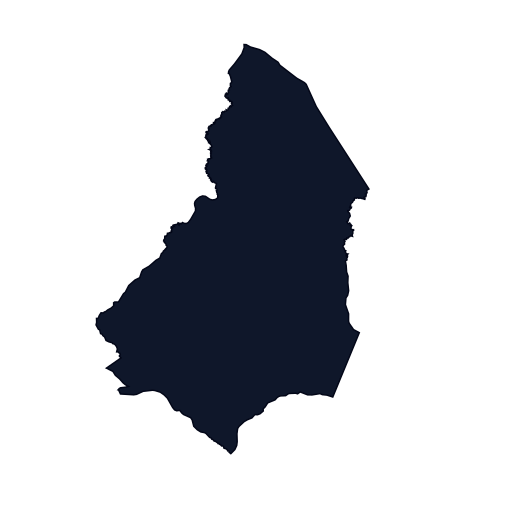 Koun Mom, Rôtânôkiri, Cambodia, rotated 202°
{"feature_id": "14789045B34257820589195", "entity_name": "Koun Mom", "entity_type": "district", "adm_level": 2, "iso_a3": "KHM", "parent_name": "Cambodia", "parent_adm1": "Rôtânôkiri", "projection": "albers", "projection_center": [106.798, 13.499], "detail": "fine", "context": "isolated", "style": "filled", "palette": "ink", "viewbox_px": 512, "rotation_deg": 202, "n_neighbors": 0, "source": "geoboundaries", "source_scale": "gbopen_adm2", "svg_char_len": 6108}
<svg xmlns="http://www.w3.org/2000/svg" viewBox="0 0 512 512"><g transform="rotate(202 256 256)"><path d="M346.3,447.6L345.0,444.8L344.8,438.1L347.9,426.0L350.4,418.6L350.5,416.9L350.0,415.0L349.3,415.2L347.1,413.1L344.0,408.8L343.6,407.7L344.4,406.5L343.6,404.4L342.6,403.7L343.5,402.3L343.6,400.8L343.0,400.0L343.8,399.3L343.1,397.6L342.5,397.2L343.0,396.0L344.5,396.0L344.5,395.5L343.1,395.1L344.0,394.2L344.9,394.4L344.7,392.6L342.6,391.4L341.1,392.2L341.1,391.3L340.2,391.1L340.2,390.4L338.5,390.5L338.3,390.3L338.7,390.0L338.1,389.4L336.5,390.2L336.1,390.0L335.9,388.4L335.3,388.8L335.2,387.5L334.2,386.8L334.9,386.1L334.9,385.3L335.9,385.7L336.5,384.7L336.0,383.7L337.2,382.5L336.6,381.4L337.2,380.4L338.3,380.4L337.7,379.6L338.0,379.0L339.3,378.6L339.5,377.2L340.8,377.5L341.5,376.1L340.8,374.7L341.1,374.3L341.1,372.8L340.2,372.2L340.8,371.7L341.2,370.8L340.6,370.6L341.6,369.2L342.4,369.4L343.6,367.3L344.0,367.8L344.3,367.5L344.5,365.4L344.0,365.0L344.6,364.0L345.4,363.8L345.2,363.2L344.8,363.1L344.0,363.8L343.9,363.0L344.9,362.5L345.8,361.1L346.5,361.0L346.9,360.0L346.3,359.7L346.4,359.2L347.3,359.3L348.1,358.6L348.2,356.7L347.1,356.3L347.3,355.2L346.6,354.3L347.8,352.9L348.4,352.9L348.6,352.6L348.1,352.5L348.4,351.7L347.3,351.9L347.4,351.4L346.1,351.3L346.5,350.4L347.1,350.5L347.8,349.5L347.1,347.6L347.5,347.0L345.7,346.0L345.2,346.5L345.0,345.9L343.9,345.9L344.1,344.9L343.6,344.6L342.4,344.5L342.0,345.2L341.4,344.4L342.5,343.6L342.4,343.3L341.8,343.5L341.3,343.1L340.8,343.7L340.4,342.8L339.6,342.3L339.2,342.4L337.8,340.7L338.1,339.9L339.0,339.5L338.6,339.0L338.7,338.5L338.1,338.0L339.3,337.2L337.0,337.0L337.2,336.1L336.8,335.4L336.4,335.5L336.7,334.5L335.9,334.1L336.2,333.5L335.4,332.8L335.6,332.0L334.9,330.9L334.4,331.0L333.9,330.3L334.7,329.8L334.9,329.0L336.2,328.5L336.2,328.0L337.1,327.6L336.6,326.7L336.8,326.0L335.6,325.9L335.2,324.5L335.5,324.3L335.2,323.3L336.3,322.8L336.3,321.0L335.1,321.0L336.1,318.6L335.4,318.5L335.3,317.6L334.4,317.6L334.3,317.9L334.0,317.7L333.5,316.5L334.1,315.9L333.6,315.2L333.0,315.4L332.7,314.2L330.3,314.3L330.1,314.0L330.5,313.6L330.7,312.4L328.0,311.5L328.1,310.9L327.2,311.2L326.3,310.3L326.7,310.1L326.6,309.5L325.6,309.2L325.3,308.5L323.9,308.2L323.2,309.3L322.4,308.5L319.8,308.4L319.1,304.0L318.7,303.4L317.9,303.7L316.8,302.8L316.8,301.7L317.1,301.6L316.2,300.3L315.3,299.7L315.2,298.8L314.4,298.5L313.3,295.6L314.8,293.2L317.5,291.6L320.1,291.3L325.2,292.4L328.0,291.7L330.3,289.6L332.0,286.6L332.9,283.8L332.7,281.8L331.8,280.0L329.9,277.6L329.0,275.0L330.3,265.5L331.3,261.8L332.2,260.5L333.4,259.8L335.1,259.3L336.7,259.5L337.5,257.8L338.7,257.9L338.9,255.7L339.6,256.0L340.3,257.6L340.7,257.6L340.7,256.3L341.0,255.9L344.4,253.6L344.5,253.2L343.2,252.7L344.0,252.4L343.9,251.4L345.1,251.5L345.5,251.3L345.5,250.8L345.0,249.9L344.1,250.1L344.0,247.7L343.2,247.0L343.3,246.5L343.9,246.4L343.9,245.6L344.9,245.3L345.9,244.1L346.6,243.9L346.3,242.4L346.6,240.7L347.8,240.5L347.9,240.0L347.1,237.7L347.5,236.4L347.3,235.3L345.9,234.9L346.1,234.4L343.7,233.2L343.4,232.3L342.1,231.8L341.7,230.7L342.5,228.7L342.1,228.8L342.3,228.1L343.7,225.9L343.7,224.2L344.6,222.9L344.4,218.1L347.1,214.6L351.3,206.4L355.7,200.9L356.1,198.5L355.7,192.3L359.2,188.4L362.9,181.0L363.6,173.4L364.7,171.5L366.3,161.8L369.8,160.4L370.5,159.3L369.3,156.5L370.9,153.3L373.2,150.6L374.7,147.9L375.7,147.3L376.0,146.1L378.4,145.3L379.0,142.2L379.0,139.5L379.2,138.9L380.5,138.4L378.9,134.8L378.5,132.2L374.6,129.0L373.3,129.0L371.0,125.8L369.5,125.9L368.1,124.8L366.0,124.2L363.4,121.5L360.3,121.3L356.8,121.7L356.0,121.1L354.4,121.3L353.2,120.9L351.3,119.7L349.7,117.9L349.3,114.9L347.6,115.5L346.9,114.9L345.8,114.8L344.9,113.7L345.3,112.1L343.0,110.9L352.7,96.0L345.4,95.4L341.7,92.7L336.5,91.0L331.7,88.6L328.8,87.7L325.4,87.3L328.0,85.4L332.2,83.1L333.1,82.0L333.7,80.3L333.3,80.4L330.0,77.3L317.4,81.5L314.9,83.0L309.9,88.3L301.6,92.8L299.3,93.4L293.7,93.9L289.1,92.8L284.9,91.0L276.5,84.3L273.8,82.8L271.5,82.8L268.9,84.3L265.9,82.6L263.8,81.9L256.0,81.6L253.8,80.1L249.9,74.8L245.3,72.9L241.3,72.2L237.7,72.9L236.1,72.8L231.1,70.5L228.9,70.3L228.5,69.6L226.7,69.6L225.5,68.7L224.4,69.0L221.2,68.3L221.0,67.9L219.8,68.3L219.4,67.7L218.4,67.8L216.8,67.0L216.5,67.4L214.9,67.3L213.7,65.8L211.2,66.0L210.0,65.5L209.3,64.7L208.5,65.1L207.7,64.8L207.5,64.0L205.3,63.3L203.1,68.6L202.9,73.1L203.9,76.8L207.1,84.1L208.4,89.2L207.9,91.7L205.0,97.9L202.7,100.9L199.1,104.4L197.7,108.5L195.1,109.4L193.1,111.3L191.2,115.0L192.1,116.9L191.0,119.5L190.1,124.2L184.4,129.8L183.4,132.7L182.1,134.5L180.8,135.5L176.2,137.6L174.5,140.3L173.4,141.1L167.9,143.6L165.8,143.8L164.1,146.5L156.2,146.6L152.0,148.2L145.1,152.4L142.6,152.3L138.1,153.6L132.0,154.0L131.5,223.6L138.0,224.3L144.4,228.5L145.7,230.1L148.5,237.1L154.9,244.4L156.9,250.8L156.3,253.9L157.1,258.5L160.9,265.7L163.1,271.8L166.0,275.1L168.9,281.1L171.1,284.6L171.2,285.1L170.2,286.4L171.2,288.2L170.8,288.8L171.0,290.1L171.2,290.4L172.4,289.9L172.8,290.8L171.8,291.5L171.5,292.3L172.9,291.9L175.0,293.3L174.6,294.4L175.9,294.6L177.5,296.3L178.5,296.7L179.2,298.1L178.3,300.2L179.2,301.8L178.9,302.8L179.5,303.6L180.5,303.9L180.3,304.4L179.5,305.1L178.3,305.3L178.6,306.8L177.4,307.0L177.4,307.9L176.3,309.0L176.0,310.2L173.9,310.4L174.8,311.5L174.7,313.3L175.7,315.5L175.1,316.4L175.4,316.9L176.1,316.3L176.5,316.6L178.0,316.4L178.7,318.5L178.6,320.0L179.9,319.8L179.8,320.8L180.7,321.0L181.5,321.7L182.7,320.4L184.6,321.8L183.7,322.9L184.1,325.4L183.6,328.4L185.3,330.7L187.5,331.6L188.0,332.4L187.2,332.6L186.5,333.6L186.4,335.0L185.6,336.3L185.8,337.1L187.3,336.5L187.2,338.6L187.8,340.0L186.7,341.9L186.5,344.0L185.8,344.8L186.4,346.3L186.2,346.7L184.4,347.3L183.8,348.1L182.4,348.0L181.1,348.8L178.9,349.0L177.8,349.5L177.0,349.1L176.3,349.3L176.5,350.1L177.3,350.1L177.8,350.6L177.6,351.5L176.5,351.9L176.4,352.5L176.8,354.2L177.7,354.5L176.7,356.2L178.0,358.3L176.4,360.4L236.3,402.6L256.1,417.1L273.8,434.0L276.0,434.9L284.8,436.1L305.3,441.8L308.1,443.9L315.3,445.4L324.0,448.2L330.0,448.7L339.5,447.7L344.3,448.3L346.3,447.6Z" fill="#0f172a" stroke="#020617" stroke-width="1.5"/></g></svg>